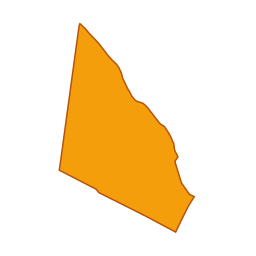 the district of McCracken, Kentucky, United States of America, rotated 27°
{"feature_id": "52423323B88387412607829", "entity_name": "McCracken", "entity_type": "district", "adm_level": 2, "iso_a3": "USA", "parent_name": "United States of America", "parent_adm1": "Kentucky", "projection": "natural_earth1", "projection_center": [-88.715, 37.085], "detail": "fine", "context": "isolated", "style": "filled", "palette": "amber", "viewbox_px": 256, "rotation_deg": 27, "n_neighbors": 0, "source": "geoboundaries", "source_scale": "gbopen_adm2", "svg_char_len": 753}
<svg xmlns="http://www.w3.org/2000/svg" viewBox="0 0 256 256"><g transform="rotate(27 128 128)"><path d="M37.8,56.9L38.2,59.6L63.4,132.0L82.4,186.4L84.7,193.2L85.9,196.8L127.4,197.0L131.3,198.8L181.9,198.5L217.7,199.1L217.3,179.7L217.3,169.7L218.2,159.1L212.8,159.2L200.6,152.7L184.9,136.5L185.7,131.2L183.5,129.3L180.6,127.5L178.6,125.2L175.6,120.7L173.7,119.6L170.8,117.0L166.7,114.1L160.9,110.8L159.0,110.0L156.0,109.9L153.3,109.1L136.1,100.9L133.6,100.0L130.2,99.2L123.1,100.2L121.8,100.0L118.3,98.6L116.0,97.3L112.7,94.8L109.9,93.2L105.0,89.3L100.7,86.2L99.3,84.4L96.3,81.3L92.2,78.2L88.8,76.4L82.7,74.6L77.1,72.4L63.3,65.8L49.9,61.1L44.3,58.6L42.7,58.4L39.9,57.4L38.4,56.9L37.8,56.9Z" fill="#f59e0b" stroke="#b45309" stroke-width="1.5"/></g></svg>